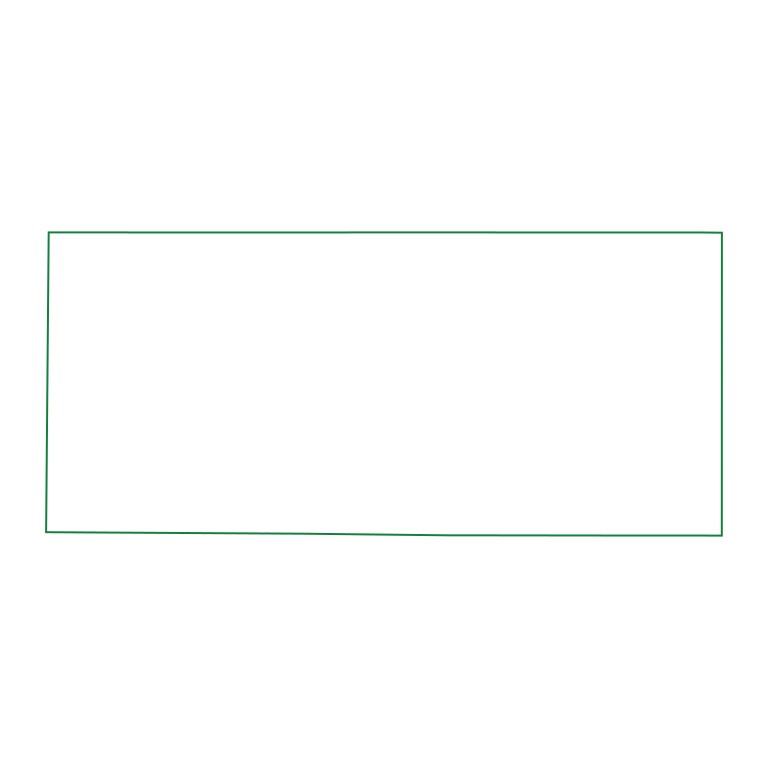 Dickey, North Dakota, United States of America
{"feature_id": "52423323B72146276319196", "entity_name": "Dickey", "entity_type": "district", "adm_level": 2, "iso_a3": "USA", "parent_name": "United States of America", "parent_adm1": "North Dakota", "projection": "equal_earth", "projection_center": [-98.514, 46.11], "detail": "fine", "context": "isolated", "style": "outline", "palette": "green", "viewbox_px": 768, "rotation_deg": 0, "n_neighbors": 0, "source": "geoboundaries", "source_scale": "gbopen_adm2", "svg_char_len": 328}
<svg xmlns="http://www.w3.org/2000/svg" viewBox="0 0 768 768"><path d="M48.7,232.4L46.1,532.2L114.0,532.6L114.7,532.6L236.7,533.3L303.7,533.7L383.9,534.6L446.6,535.3L601.6,535.5L602.3,535.5L679.6,535.5L721.8,535.6L721.9,232.7L703.1,232.5L386.8,232.4L279.5,232.5L48.7,232.4Z" fill="none" stroke="#15803d" stroke-width="2"/></svg>